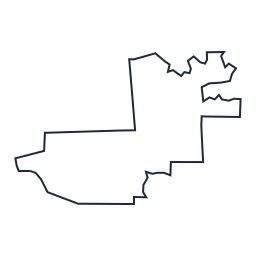 Imigrante, Rio Grande do Sul, Brazil
{"feature_id": "56859067B16488367514082", "entity_name": "Imigrante", "entity_type": "district", "adm_level": 2, "iso_a3": "BRA", "parent_name": "Brazil", "parent_adm1": "Rio Grande do Sul", "projection": "mercator", "projection_center": [-51.758, -29.341], "detail": "fine", "context": "isolated", "style": "outline", "palette": "slate", "viewbox_px": 256, "rotation_deg": 0, "n_neighbors": 0, "source": "geoboundaries", "source_scale": "gbopen_adm2", "svg_char_len": 943}
<svg xmlns="http://www.w3.org/2000/svg" viewBox="0 0 256 256"><path d="M236.0,68.3L228.8,63.6L225.2,67.3L221.1,56.1L223.9,52.0L206.8,52.3L207.1,59.4L205.1,63.6L200.4,62.3L193.7,56.4L187.9,60.9L190.9,68.8L189.5,73.2L184.4,72.1L181.1,76.0L172.9,70.1L167.9,71.9L169.6,64.5L165.1,61.5L155.3,53.3L144.5,56.4L133.6,59.4L129.2,59.2L130.9,79.2L135.1,130.3L120.9,130.5L55.3,132.5L44.9,132.8L44.1,150.9L15.4,158.3L16.7,165.7L18.7,171.1L24.9,171.0L30.5,171.1L35.6,172.8L41.0,179.2L47.6,192.2L78.0,203.7L109.5,203.9L127.8,204.0L134.0,203.9L134.0,197.0L146.2,197.3L143.1,192.1L143.4,185.0L147.6,177.8L146.0,171.8L152.4,173.8L157.1,172.8L164.0,172.8L170.4,175.3L170.9,162.0L203.1,162.1L201.8,136.4L201.3,125.1L201.7,116.3L205.8,116.5L239.9,117.0L240.6,99.1L234.1,98.7L228.8,100.7L221.9,99.4L219.0,95.0L214.7,99.4L209.5,97.4L203.3,101.4L201.7,87.2L209.1,83.4L221.1,82.6L229.9,81.0L232.0,73.9L236.0,68.3Z" fill="none" stroke="#1e293b" stroke-width="2"/></svg>